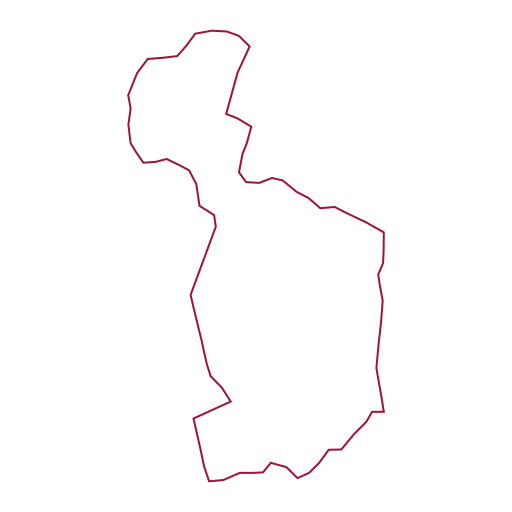 Camaragibe, Pernambuco, Brazil (Robinson projection)
{"feature_id": "56859067B56162371864322", "entity_name": "Camaragibe", "entity_type": "district", "adm_level": 2, "iso_a3": "BRA", "parent_name": "Brazil", "parent_adm1": "Pernambuco", "projection": "robinson", "projection_center": [-34.999, -7.981], "detail": "fine", "context": "isolated", "style": "outline", "palette": "rose", "viewbox_px": 512, "rotation_deg": 0, "n_neighbors": 0, "source": "geoboundaries", "source_scale": "gbopen_adm2", "svg_char_len": 1110}
<svg xmlns="http://www.w3.org/2000/svg" viewBox="0 0 512 512"><path d="M249.6,46.5L239.0,35.9L226.8,31.5L211.7,30.7L195.2,33.7L186.1,46.0L177.2,56.1L162.7,57.8L147.7,59.0L137.1,73.1L128.2,95.2L130.6,108.3L128.4,124.8L130.6,143.2L136.7,153.1L143.4,162.7L155.5,161.9L166.6,159.0L178.5,164.7L189.1,170.3L196.3,184.1L199.5,205.8L214.1,215.1L215.8,226.7L190.6,294.9L194.1,309.9L198.4,327.6L201.7,340.9L204.1,352.3L206.9,364.3L210.6,376.1L221.9,387.7L230.7,401.5L214.1,409.1L193.5,418.5L197.4,435.7L200.6,449.8L204.1,466.5L209.1,481.3L223.4,480.0L239.6,472.9L252.4,472.9L263.0,472.4L270.8,462.8L286.5,467.2L297.5,478.1L309.0,472.9L319.2,462.8L328.7,449.8L341.3,449.5L353.7,434.5L366.4,421.7L372.1,411.8L383.8,411.8L381.6,397.8L378.6,380.8L376.4,368.0L378.6,343.9L381.0,322.5L382.7,300.6L379.9,285.8L378.2,274.5L383.1,263.1L383.6,251.3L383.8,232.4L366.0,222.3L346.9,213.2L334.8,207.0L320.3,208.2L308.6,198.1L296.4,191.7L282.6,180.4L271.9,178.0L259.1,182.9L246.1,182.1L239.0,172.3L242.5,153.8L246.8,143.2L251.3,126.7L237.5,118.4L226.2,113.9L237.5,72.8L249.6,46.5Z" fill="none" stroke="#9f1239" stroke-width="2"/></svg>